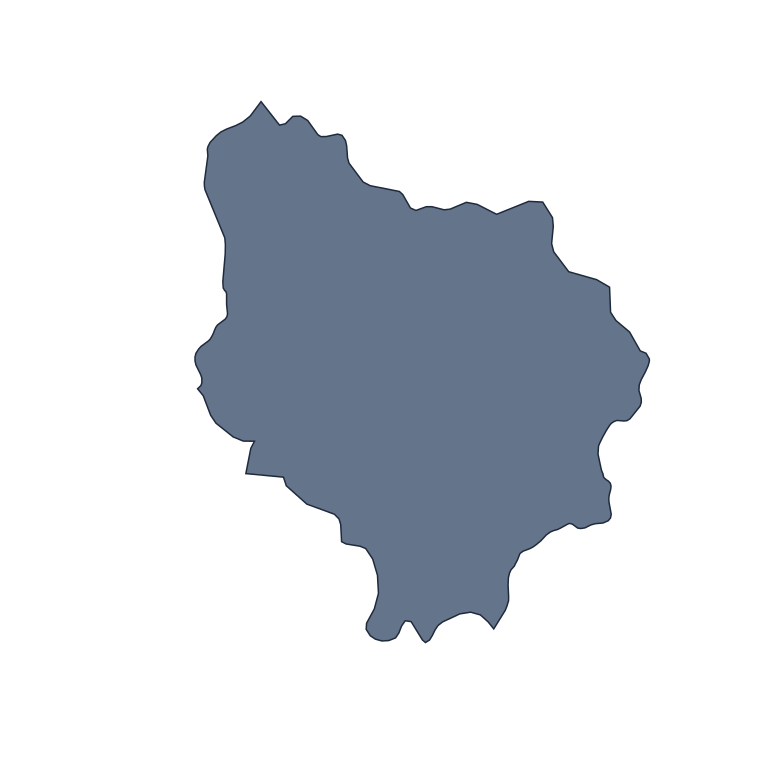 SVG path tracing the border of Puy-de-Dôme, rotated 206°
{"feature_id": "FRA-5335", "entity_name": "Puy-de-Dôme", "entity_type": "Metropolitan department", "adm_level": 1, "iso_a3": "FRA", "parent_name": "France", "parent_adm1": "", "projection": "mercator", "projection_center": [3.052, 45.776], "detail": "fine", "context": "isolated", "style": "filled", "palette": "slate", "viewbox_px": 768, "rotation_deg": 206, "n_neighbors": 0, "source": "natural_earth", "source_scale": "10m", "svg_char_len": 2607}
<svg xmlns="http://www.w3.org/2000/svg" viewBox="0 0 768 768"><g transform="rotate(206 384 384)"><path d="M279.9,150.9L286.0,151.7L292.5,155.7L294.8,161.4L294.1,177.6L297.2,193.4L306.0,209.2L317.4,221.7L328.3,228.1L334.4,227.7L348.0,223.6L353.0,223.7L361.3,238.7L365.3,243.0L371.5,245.2L400.6,242.2L427.2,249.7L433.5,256.2L468.9,242.9L475.5,267.8L475.3,275.8L485.5,271.0L496.3,270.3L517.8,275.1L526.1,279.9L541.3,294.2L549.5,298.0L547.9,302.2L548.2,305.2L550.3,309.4L552.8,312.0L561.3,318.6L563.9,321.8L565.7,325.4L566.5,329.2L565.9,334.3L564.9,337.7L560.8,345.6L560.0,347.7L559.8,349.4L559.6,351.9L559.6,354.9L559.9,358.1L560.0,361.2L559.5,364.2L555.1,372.8L554.7,375.6L555.4,378.5L560.3,386.4L565.0,396.0L566.3,397.5L568.3,398.3L570.6,399.8L573.8,405.5L583.7,431.2L587.6,439.6L591.1,445.5L630.0,480.1L632.2,483.2L633.9,486.4L642.3,511.8L645.7,517.5L646.3,520.4L646.2,525.0L643.6,533.6L641.0,539.2L636.9,544.5L630.6,551.2L625.8,557.5L621.7,566.2L618.3,583.9L591.4,570.9L586.7,574.7L583.3,584.6L576.4,588.2L568.1,587.4L552.8,579.1L549.2,578.7L544.5,581.0L535.2,588.3L530.8,589.1L525.4,586.0L521.9,581.6L515.8,571.1L512.2,567.1L491.3,556.4L483.3,556.2L454.6,563.8L450.2,562.5L437.4,553.8L431.4,554.0L423.7,561.9L418.6,564.4L406.4,566.9L401.3,570.1L389.6,583.4L379.0,586.3L357.2,585.9L334.0,611.6L321.1,617.1L305.5,607.4L300.9,599.8L294.9,583.7L289.4,577.2L267.2,565.9L238.5,571.0L223.7,569.9L211.8,547.8L203.3,542.7L186.1,538.4L168.2,526.1L161.9,526.5L156.5,522.8L155.5,520.9L154.6,516.2L154.4,509.4L154.7,500.6L154.2,495.1L152.0,489.9L146.6,483.9L144.7,480.4L144.1,476.3L147.7,460.5L149.5,457.6L152.0,456.0L158.6,453.4L160.5,451.5L161.8,449.5L162.6,447.8L163.1,445.5L163.7,440.7L164.2,432.3L164.2,425.3L164.0,422.3L160.9,414.8L152.4,403.9L150.4,401.5L147.8,399.2L146.0,396.9L145.4,396.3L142.3,395.4L139.7,395.1L137.1,394.0L135.2,391.8L134.1,388.8L132.8,382.5L131.6,379.3L129.8,376.2L122.7,366.6L121.7,362.9L122.5,359.4L126.2,355.1L133.1,350.9L136.4,347.9L140.3,342.8L143.7,340.4L146.8,339.4L153.1,340.6L155.1,340.3L156.3,339.9L157.6,338.4L162.4,331.6L164.4,329.1L167.0,326.9L169.7,323.8L172.0,319.4L174.3,311.8L176.4,307.1L178.4,303.2L180.8,299.9L185.8,294.6L187.5,291.2L186.9,284.2L187.1,279.8L187.0,277.6L188.4,272.7L188.3,269.1L187.3,264.5L184.4,257.8L178.7,247.4L177.0,243.7L176.1,238.0L175.8,233.7L178.0,212.0L186.3,215.9L196.2,218.7L206.1,216.9L215.1,210.6L227.0,195.9L229.6,190.6L230.3,185.2L230.3,179.3L230.8,173.9L233.4,169.8L237.3,170.8L255.4,182.3L261.1,180.5L262.1,174.3L261.5,166.7L262.3,160.9L267.2,155.5L273.3,152.1L279.9,150.9Z" fill="#64748b" stroke="#1e293b" stroke-width="1.5"/></g></svg>